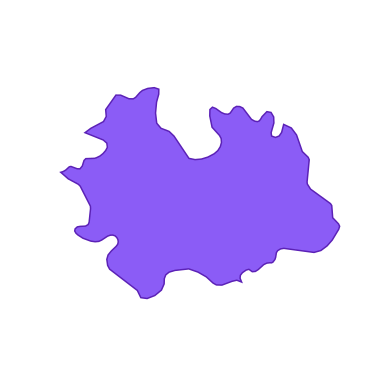 the Province of Enna, rotated 234°
{"feature_id": "ITA-5412", "entity_name": "Enna", "entity_type": "Province", "adm_level": 1, "iso_a3": "ITA", "parent_name": "Italy", "parent_adm1": "", "projection": "mercator", "projection_center": [14.474, 37.585], "detail": "fine", "context": "isolated", "style": "filled", "palette": "violet", "viewbox_px": 384, "rotation_deg": 234, "n_neighbors": 0, "source": "natural_earth", "source_scale": "10m", "svg_char_len": 2163}
<svg xmlns="http://www.w3.org/2000/svg" viewBox="0 0 384 384"><g transform="rotate(234 192 192)"><path d="M285.1,97.4L284.4,99.3L284.1,101.1L284.0,103.0L284.5,107.2L284.3,108.1L283.8,109.1L278.4,112.7L276.6,114.9L277.5,118.5L281.0,123.2L281.4,125.7L276.5,133.0L275.9,134.8L275.2,138.7L275.4,142.7L276.3,146.5L277.9,149.8L281.6,151.8L286.2,150.8L302.9,140.3L303.0,147.5L301.0,161.8L303.5,167.0L309.4,170.6L315.1,187.4L312.3,191.2L304.5,195.8L301.9,199.2L301.7,202.0L303.1,208.3L303.3,211.6L301.8,217.1L298.6,222.8L294.7,225.6L290.7,222.6L285.6,216.2L277.3,208.9L268.4,203.9L261.7,204.4L254.5,209.1L247.8,210.3L221.0,209.3L216.4,213.5L213.1,219.0L210.9,225.4L209.9,232.4L210.3,237.2L212.0,241.5L214.7,244.9L218.1,247.0L221.6,247.5L232.6,246.3L243.1,251.1L248.2,255.0L248.6,258.4L245.6,260.3L239.0,262.5L236.0,264.3L233.7,266.9L233.4,269.3L235.4,275.0L235.1,278.3L233.0,280.9L230.0,282.5L215.8,282.8L212.4,284.4L210.4,286.4L210.0,288.3L210.6,290.4L211.8,293.0L213.0,299.8L209.9,302.7L204.7,302.2L199.7,298.8L193.5,290.9L190.5,289.3L187.1,291.6L186.1,295.4L187.5,299.5L192.8,305.9L185.4,310.0L176.7,310.1L159.9,305.0L151.8,306.4L149.2,305.8L132.5,291.0L130.7,290.0L124.6,289.6L101.2,297.2L98.9,297.1L88.5,290.7L80.1,291.8L77.5,291.3L75.6,288.8L70.7,277.2L69.0,269.6L68.9,261.9L71.4,255.2L92.4,233.2L93.9,230.2L94.2,226.8L93.3,224.6L90.0,221.3L88.7,219.5L87.7,216.3L87.9,214.8L89.0,213.4L90.5,210.7L91.1,207.3L90.3,200.1L90.5,196.6L92.1,193.9L96.0,192.6L97.0,190.0L97.1,185.4L96.2,182.2L94.0,180.2L90.0,179.2L94.3,176.4L96.2,171.9L99.1,161.5L102.5,157.1L106.0,155.5L114.9,153.7L123.6,149.8L131.7,144.2L138.6,132.1L140.6,126.4L140.4,122.1L138.2,118.7L134.0,115.4L130.6,109.6L130.1,101.1L132.2,93.1L136.6,88.5L144.5,89.9L178.0,80.0L182.2,80.6L187.6,83.5L190.4,87.1L191.7,92.0L192.6,98.6L193.4,101.2L195.0,103.0L197.1,104.1L199.4,104.4L201.7,104.0L203.7,102.6L205.1,100.5L205.9,97.7L206.2,90.7L206.8,87.6L208.7,84.4L211.7,81.3L218.7,76.6L224.4,74.4L226.9,73.9L229.4,74.2L230.9,75.8L231.2,78.7L230.0,81.2L227.0,85.8L226.7,88.9L228.0,91.0L238.1,100.1L240.3,101.5L262.4,105.0L265.0,104.6L275.4,99.6L285.1,97.4Z" fill="#8b5cf6" stroke="#5b21b6" stroke-width="1.5"/></g></svg>